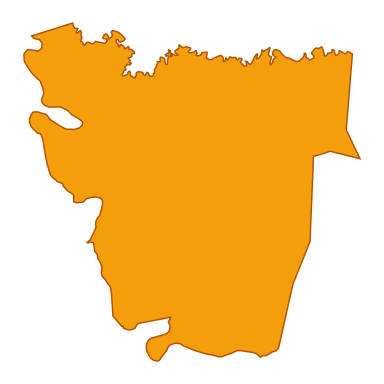 San Jorge Nuchita, Oaxaca, Mexico (orthographic projection)
{"feature_id": "50627088B4984202667575", "entity_name": "San Jorge Nuchita", "entity_type": "district", "adm_level": 2, "iso_a3": "MEX", "parent_name": "Mexico", "parent_adm1": "Oaxaca", "projection": "orthographic", "projection_center": [-98.098, 17.686], "detail": "fine", "context": "isolated", "style": "filled", "palette": "amber", "viewbox_px": 384, "rotation_deg": 0, "n_neighbors": 0, "source": "geoboundaries", "source_scale": "gbopen_adm2", "svg_char_len": 5665}
<svg xmlns="http://www.w3.org/2000/svg" viewBox="0 0 384 384"><path d="M289.4,58.1L286.6,57.8L285.4,57.3L281.6,53.7L279.9,51.2L276.7,49.6L275.1,49.6L273.9,50.4L273.0,51.8L272.6,54.1L273.1,55.2L275.4,56.9L275.4,57.6L275.0,58.2L274.1,58.6L273.3,59.5L272.4,62.6L271.1,64.9L270.3,64.8L270.1,62.6L271.5,57.0L269.8,56.2L268.7,55.2L268.4,53.8L269.8,49.0L269.8,47.8L269.2,47.8L267.0,49.6L263.5,51.3L262.8,50.3L262.1,50.1L261.7,50.9L261.6,53.2L260.6,55.5L258.8,58.1L257.5,58.7L256.5,58.6L256.6,57.6L257.7,54.3L257.1,53.9L256.3,54.3L254.9,56.4L251.4,63.5L250.4,64.2L249.6,64.2L247.9,62.7L247.5,61.9L245.6,61.2L246.5,63.9L246.6,65.0L246.4,65.8L245.1,66.4L244.1,66.1L240.5,62.3L240.3,61.7L241.7,60.2L241.9,59.4L241.8,58.8L241.4,58.4L239.1,58.2L238.0,59.3L237.3,59.7L236.7,59.6L236.0,58.0L235.5,57.5L233.7,57.4L232.1,57.8L230.0,56.8L228.6,58.9L227.4,59.8L226.2,58.0L225.7,58.1L225.4,60.0L224.9,61.1L223.6,61.6L223.2,60.6L223.5,58.8L222.9,57.1L221.8,56.0L220.8,55.5L219.8,55.5L213.2,58.5L211.9,59.5L209.7,59.7L208.6,59.4L206.2,57.7L207.0,54.2L207.1,52.3L204.4,52.2L201.9,52.6L201.1,54.5L200.5,55.2L197.4,55.9L196.1,55.1L196.9,53.5L196.7,51.7L196.2,50.8L195.8,50.7L194.3,51.9L192.5,52.5L190.9,52.8L189.4,52.7L188.4,52.0L188.3,51.5L188.4,51.1L189.8,50.1L190.6,49.1L190.7,48.5L190.4,48.0L188.9,47.3L186.1,46.8L183.4,47.6L182.6,47.5L179.4,45.0L179.0,45.1L178.8,45.5L179.3,47.9L179.1,48.2L175.4,50.5L175.0,51.0L175.2,53.0L177.4,54.1L177.8,54.5L177.8,55.0L176.7,55.4L175.4,55.4L171.9,53.8L172.1,55.1L171.8,56.2L170.4,56.5L170.7,55.0L170.6,51.5L170.4,50.9L168.8,49.8L168.6,50.1L169.1,52.6L168.9,53.2L167.6,53.3L165.6,54.5L165.3,55.0L165.8,56.0L166.5,56.1L168.0,55.6L168.4,56.2L168.4,57.5L167.6,59.2L167.6,64.0L167.4,64.4L166.3,64.5L165.5,63.9L165.2,62.3L164.8,61.6L164.9,59.7L164.1,58.3L162.2,57.4L160.8,57.1L160.4,57.3L159.9,59.2L160.6,60.7L160.3,61.2L159.4,61.7L157.3,61.9L157.8,63.2L156.9,64.4L156.0,67.1L154.6,69.4L154.2,70.3L154.7,72.2L154.3,73.1L153.4,73.6L153.4,74.8L152.7,76.1L151.7,76.3L149.7,76.0L149.2,75.5L148.4,73.1L147.1,72.3L146.0,73.6L145.4,75.1L144.8,75.2L143.4,74.5L143.1,73.1L142.4,72.4L140.2,71.8L137.7,71.8L136.3,73.0L136.0,74.1L136.4,74.6L136.4,75.7L135.3,76.3L135.2,77.5L134.3,77.9L130.8,75.7L130.5,75.0L130.4,72.5L129.9,71.4L128.7,71.5L128.2,72.1L127.9,73.4L127.3,74.4L126.6,75.0L125.7,75.1L123.8,75.9L122.4,75.9L122.2,75.1L123.7,71.3L124.7,70.3L125.5,70.1L126.0,69.4L125.8,68.8L124.8,67.8L124.7,66.9L126.4,65.9L126.8,65.4L126.7,64.7L127.1,64.3L129.6,64.9L131.2,63.7L131.2,63.3L129.7,62.5L129.4,61.9L130.2,60.9L128.4,58.0L130.3,57.3L131.8,56.4L132.0,55.9L131.5,54.7L131.7,54.2L132.0,53.9L134.3,53.5L134.6,52.4L134.3,51.9L131.3,49.3L128.9,49.4L128.9,47.0L128.4,46.5L125.8,48.4L124.7,48.8L124.5,47.3L121.4,44.6L120.5,44.9L119.4,47.0L118.6,46.9L118.4,46.0L118.8,45.0L116.7,42.8L116.1,41.6L116.1,40.0L116.6,39.5L117.9,39.8L118.4,40.3L119.3,42.3L120.3,42.2L122.6,41.4L124.7,39.8L125.0,38.6L124.2,37.4L120.5,33.8L118.0,32.1L113.8,30.8L112.3,30.7L111.2,32.3L112.6,35.3L111.2,37.3L109.0,38.8L107.8,35.4L106.9,34.2L105.4,34.0L104.3,34.5L103.6,36.3L102.7,37.7L103.5,38.6L107.1,39.2L107.0,40.6L106.3,42.2L104.7,43.3L95.3,41.4L93.8,43.5L92.5,44.0L88.6,42.3L86.8,42.4L84.9,45.0L84.4,45.2L84.0,45.1L83.7,44.0L82.8,43.3L82.7,42.5L80.8,41.2L81.9,38.0L81.2,36.3L81.1,31.1L80.2,30.6L77.5,33.1L76.3,32.7L76.6,31.1L77.8,28.7L77.0,28.3L74.4,28.1L72.9,24.9L72.7,23.0L31.6,36.0L33.8,38.3L39.6,39.8L42.2,43.4L41.6,48.5L38.2,51.0L32.2,50.1L27.5,49.7L24.0,53.9L24.1,60.2L25.1,62.9L31.2,72.3L36.1,77.6L40.1,81.0L42.8,87.8L43.9,93.4L41.5,99.6L42.1,102.5L44.5,105.4L49.3,107.1L60.2,106.9L67.2,110.2L72.3,115.0L78.2,118.4L82.5,121.7L82.4,124.8L79.6,127.9L74.3,129.4L66.0,129.1L61.0,126.6L50.6,119.9L46.4,114.6L37.3,111.8L33.1,112.1L31.2,114.5L29.6,118.8L29.5,122.3L31.2,126.7L33.5,129.2L37.6,133.1L40.7,134.0L42.8,139.3L45.6,156.5L47.4,165.1L50.5,175.0L52.6,177.7L55.1,179.4L57.1,181.5L62.9,183.7L62.9,185.5L67.3,190.7L73.3,194.4L73.7,196.3L73.6,201.7L76.4,202.8L83.1,202.0L84.4,201.2L85.1,199.9L86.5,198.8L90.7,197.5L95.5,196.9L99.4,197.8L101.0,198.6L102.1,200.0L102.7,202.0L101.8,208.7L100.5,212.2L99.7,215.6L97.2,218.4L95.8,221.8L95.6,224.4L96.0,227.6L90.4,239.5L87.1,242.5L88.2,242.8L90.8,242.3L93.5,242.4L94.7,251.2L97.1,254.3L98.1,259.2L98.7,259.7L100.5,262.8L101.9,267.1L102.0,268.6L101.3,273.0L102.0,275.8L103.6,277.9L105.4,279.6L107.6,283.5L110.4,286.8L111.5,293.4L113.0,316.1L121.9,326.6L123.4,326.3L123.3,328.1L127.7,329.8L130.7,329.9L134.8,328.4L137.1,324.5L138.3,323.4L170.7,317.2L168.3,322.1L170.0,325.1L170.1,327.6L169.5,330.2L168.4,332.1L166.8,333.5L164.3,334.5L150.4,338.5L148.3,340.4L146.6,344.2L146.4,348.6L147.0,351.7L150.6,358.1L153.6,360.3L157.3,361.0L159.1,360.6L163.3,354.7L166.9,350.3L167.5,348.1L169.7,345.3L172.2,344.1L175.7,343.2L179.8,343.6L183.8,346.1L188.1,347.6L194.1,350.3L203.4,353.2L208.6,354.5L212.5,354.9L218.3,356.7L222.0,356.6L232.3,352.9L236.8,350.7L240.6,350.6L253.7,352.6L257.1,354.1L260.3,357.2L263.4,355.5L266.0,355.7L272.4,351.9L276.3,350.7L278.6,347.9L292.9,284.2L310.0,241.5L313.5,156.3L320.4,154.5L330.0,151.2L360.0,158.7L346.2,129.8L352.4,54.1L349.9,52.3L347.8,51.6L347.1,51.8L345.9,53.6L345.0,53.6L342.6,52.5L339.6,50.6L339.3,50.7L339.1,51.5L339.2,52.7L338.7,53.6L337.2,55.0L336.3,55.3L335.5,55.1L335.0,54.0L334.3,50.6L332.9,49.5L332.1,49.8L331.7,52.6L331.0,53.0L328.4,52.9L327.8,53.2L326.6,55.4L325.1,56.1L324.3,55.5L323.8,52.2L322.2,47.5L321.1,46.9L318.9,48.5L316.0,48.1L314.7,48.8L311.7,52.6L312.0,53.8L314.1,56.6L314.0,57.8L310.0,60.1L309.3,60.1L308.7,58.8L306.5,57.8L306.1,57.1L305.9,54.0L305.2,53.2L304.1,53.6L304.2,55.7L302.6,58.2L299.3,60.8L296.9,61.7L291.9,59.5L289.4,58.1Z" fill="#f59e0b" stroke="#b45309" stroke-width="1.5"/></svg>